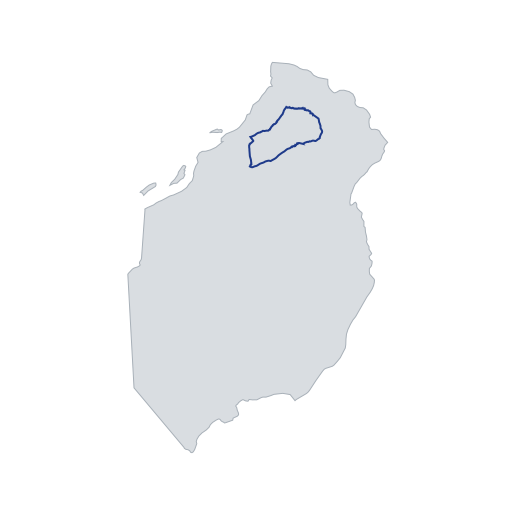 Liwale, Lindi, United Republic of Tanzania shown in context, rotated 230°
{"feature_id": "72390352B80391364217442", "entity_name": "Liwale", "entity_type": "district", "adm_level": 2, "iso_a3": "TZA", "parent_name": "United Republic of Tanzania", "parent_adm1": "Lindi", "projection": "equal_earth", "projection_center": [38.174, -9.186], "detail": "fine", "context": "in_parent", "style": "outline", "palette": "blue", "viewbox_px": 512, "rotation_deg": 230, "n_neighbors": 0, "source": "geoboundaries", "source_scale": "gbopen_adm2", "svg_char_len": 8893}
<svg xmlns="http://www.w3.org/2000/svg" viewBox="0 0 512 512"><g transform="rotate(230 256 256)"><path d="M207.9,358.0L203.9,355.2L200.2,353.4L197.2,351.5L195.9,349.7L193.0,348.9L190.6,348.6L188.4,346.9L183.7,346.3L183.2,345.1L183.1,342.5L182.3,341.9L180.6,341.2L178.8,341.2L177.7,341.6L177.1,341.4L175.6,339.9L174.2,338.0L173.6,334.9L171.5,333.0L169.0,331.4L162.3,331.6L161.2,331.1L159.6,329.5L157.7,327.0L156.2,324.0L154.8,320.1L153.4,314.7L145.5,293.3L144.7,289.2L143.1,284.7L140.6,279.2L138.0,275.1L134.4,271.4L130.3,267.7L128.1,265.2L123.9,255.1L123.0,250.4L122.3,245.5L122.5,243.5L125.1,237.2L125.4,235.4L125.0,233.0L123.7,228.0L122.1,221.9L118.7,210.7L118.2,207.9L118.3,205.8L120.2,194.5L120.1,192.9L127.9,193.1L133.6,188.2L138.5,180.8L139.5,177.7L141.5,172.9L143.5,170.6L144.2,168.9L145.3,164.2L147.9,161.0L150.5,158.5L149.9,156.8L150.3,156.1L151.7,154.9L154.4,153.7L154.9,151.2L154.9,148.4L154.4,146.8L154.5,145.0L154.1,144.0L152.3,143.8L149.7,142.4L147.5,141.8L146.0,141.0L145.5,140.3L145.3,138.7L146.5,134.3L145.2,132.6L147.9,125.4L148.4,124.5L149.4,124.4L151.0,123.6L152.4,123.3L153.6,123.5L154.5,123.2L155.3,122.4L155.9,120.0L156.4,115.9L156.1,112.6L155.0,110.0L154.7,106.1L155.2,100.9L154.8,96.5L153.6,93.0L152.3,91.0L150.3,90.0L147.2,84.7L146.3,82.1L146.5,80.5L147.5,79.8L149.5,80.0L151.3,79.4L153.0,78.0L154.7,77.5L155.6,77.8L233.4,77.8L324.3,146.0L324.7,146.9L325.4,152.8L325.2,154.7L323.8,158.1L323.4,159.9L323.4,161.1L323.7,161.6L324.9,161.8L326.0,162.6L326.3,163.2L327.1,165.8L328.1,167.1L362.6,200.5L363.4,201.0L362.9,203.8L360.9,210.6L360.8,213.5L360.1,216.8L359.3,219.0L357.3,228.6L355.7,232.2L353.4,240.6L353.0,247.0L354.3,251.5L354.7,255.7L357.4,259.8L359.5,261.3L361.0,263.2L363.5,267.5L365.0,271.8L369.5,273.9L371.3,278.8L370.7,282.1L368.6,284.8L366.6,289.3L365.0,295.2L364.9,304.2L366.0,302.8L368.4,305.0L368.7,311.6L366.2,319.3L365.4,322.9L365.3,326.0L367.1,335.2L369.9,339.9L369.6,341.3L368.9,342.6L373.6,350.9L373.2,358.1L375.0,363.7L375.7,368.5L376.9,372.2L377.1,374.8L375.6,377.7L379.0,378.4L381.0,380.7L382.0,382.9L384.5,382.8L385.8,384.4L387.7,385.6L391.9,389.4L393.1,391.2L393.8,393.0L382.1,404.8L377.8,407.9L374.8,409.3L371.6,410.1L368.5,411.9L365.6,414.8L361.9,416.3L357.4,416.3L352.7,418.4L345.2,424.5L340.9,421.1L337.5,420.0L333.6,420.1L331.2,420.5L330.3,421.3L329.6,423.3L329.0,426.7L326.4,430.0L321.9,433.1L317.7,434.3L314.0,433.5L311.4,432.2L310.0,430.4L308.1,429.5L305.5,429.7L303.0,431.0L300.6,433.4L296.8,434.5L291.5,434.1L288.7,433.0L288.3,430.9L286.0,428.6L281.8,425.8L278.7,425.8L276.8,428.4L274.9,430.0L273.3,430.7L271.8,430.8L269.7,430.1L263.9,429.8L258.4,429.9L257.9,426.1L256.7,423.8L255.7,422.4L253.9,422.1L253.3,421.0L252.7,418.7L251.7,416.7L250.5,415.0L249.7,413.4L249.5,412.0L249.7,410.5L250.8,406.6L251.2,403.9L251.0,401.2L250.4,398.4L249.1,395.1L249.2,394.1L248.8,391.8L248.7,390.2L248.9,388.2L248.7,385.6L247.5,380.1L247.5,378.6L246.3,375.9L242.7,369.6L242.5,368.7L236.7,362.3L234.4,360.9L233.6,362.1L233.3,363.2L233.6,365.3L233.4,366.3L233.2,366.8L231.8,366.7L231.0,366.5L228.8,364.7L227.1,364.3L222.9,364.6L221.4,365.0L220.3,364.6L218.1,361.7L215.4,361.1L213.1,360.9L209.2,357.6L207.9,358.0ZM370.1,250.5L372.0,257.5L371.8,258.9L370.5,259.7L369.8,259.8L368.9,258.6L368.3,256.2L367.3,256.8L365.6,253.9L363.9,253.8L362.4,250.4L363.0,247.4L362.6,242.3L364.5,239.7L365.5,235.4L366.7,238.4L367.0,243.0L368.6,248.5L370.1,250.5ZM379.3,208.2L379.5,209.8L379.1,211.4L379.2,216.5L379.0,219.8L377.6,224.4L376.4,226.1L375.4,225.6L374.5,224.9L373.9,223.6L375.2,215.1L374.6,208.9L377.2,209.5L379.3,208.2ZM375.4,310.5L374.1,310.9L373.5,310.5L372.7,309.1L374.1,307.9L375.5,305.6L378.7,302.3L380.2,299.6L380.0,302.2L378.2,307.9L376.6,308.3L375.4,310.5Z" fill="#d9dde1" stroke="#a8b0b8" stroke-width="1"/><path d="M350.8,328.3L349.7,328.1L349.4,328.2L348.6,328.2L348.0,328.1L347.2,328.1L346.6,328.0L346.3,328.0L345.9,327.9L345.8,327.7L345.7,324.9L345.9,323.9L345.7,323.7L345.7,323.4L345.8,323.3L345.8,323.1L345.7,323.0L345.7,322.9L345.4,322.7L345.4,322.4L345.3,322.2L345.2,322.1L345.0,321.7L343.3,320.4L342.3,319.8L341.2,318.9L336.3,315.4L333.1,314.0L331.1,312.7L330.7,312.4L330.4,312.3L330.1,312.0L329.9,311.8L329.8,311.6L329.6,311.6L329.5,311.4L329.4,311.5L329.2,311.4L329.2,311.2L329.2,310.8L329.1,310.7L329.1,310.8L329.0,310.6L329.2,310.1L328.9,309.8L328.8,309.5L328.7,309.6L328.4,309.4L328.2,309.0L327.3,309.4L326.8,309.8L326.2,310.5L326.0,311.2L325.4,313.0L325.0,313.6L324.7,314.4L324.5,315.2L324.1,318.4L323.8,319.3L323.4,320.3L323.2,320.7L322.8,321.8L322.6,322.6L322.5,323.5L322.2,324.4L321.3,326.3L320.8,327.1L319.3,328.3L319.2,329.2L319.1,329.7L318.5,332.6L318.3,334.2L318.4,336.0L318.6,337.7L318.6,338.5L318.4,341.5L318.2,343.2L317.9,344.9L317.9,346.4L317.9,347.8L317.7,349.1L317.1,350.5L316.8,351.3L316.7,352.5L316.6,353.0L316.8,353.1L316.8,353.3L316.7,353.5L316.5,353.4L316.4,353.5L316.7,353.8L316.5,354.0L316.4,354.5L316.2,354.7L316.3,355.0L316.1,355.2L316.0,355.4L315.9,355.6L315.9,355.9L315.8,356.1L315.6,356.2L315.7,356.4L315.6,356.7L315.6,356.8L315.4,356.7L315.4,356.8L315.2,356.9L315.3,357.0L315.4,357.3L315.5,357.2L315.7,357.4L315.5,357.5L315.3,357.9L315.4,358.0L315.5,358.0L315.4,358.5L315.5,358.9L315.5,359.0L315.4,359.2L315.4,359.4L315.2,359.6L315.3,359.7L315.5,359.8L315.3,360.0L315.1,360.3L315.1,360.6L315.5,360.7L315.4,360.9L315.2,360.9L315.1,361.0L315.0,361.3L314.8,361.5L314.7,361.8L311.9,363.9L312.0,363.9L311.8,364.3L311.5,365.3L311.5,365.7L311.4,366.2L311.3,366.4L310.6,368.4L310.3,368.9L309.9,369.2L309.7,369.5L309.6,369.8L309.5,370.6L309.3,370.8L309.1,370.9L308.9,371.1L308.7,371.5L308.4,372.2L308.1,373.3L307.7,373.9L307.1,374.5L306.1,375.2L305.8,375.6L305.7,376.1L305.6,377.3L305.6,377.8L305.7,378.3L305.3,379.3L305.4,379.9L305.4,380.2L305.4,380.4L305.4,380.7L305.7,380.8L305.8,381.1L306.1,381.3L307.2,383.3L307.6,384.1L308.0,385.4L308.2,385.9L308.6,386.4L308.9,386.7L309.4,387.0L310.5,387.3L311.5,387.5L311.9,387.5L312.2,387.5L312.8,387.9L313.7,388.6L314.3,389.1L315.6,389.6L315.8,389.6L316.2,389.9L316.8,390.1L317.5,390.2L318.9,391.0L319.9,391.6L321.1,392.2L327.2,390.6L327.3,390.2L327.5,390.3L327.5,390.5L327.9,390.6L328.2,390.7L328.3,390.8L328.5,390.8L328.6,390.7L328.9,390.7L329.0,390.4L329.3,390.3L329.4,390.2L329.6,390.0L329.7,389.9L329.9,390.0L330.3,389.8L330.5,389.5L330.8,389.8L331.0,390.2L331.2,390.3L331.3,390.3L331.7,390.3L331.9,390.4L332.2,390.4L332.3,390.3L332.4,390.1L332.6,389.9L333.3,389.8L333.6,389.7L333.8,389.7L334.1,389.6L334.4,389.3L334.4,389.1L334.8,388.8L334.9,388.5L335.1,388.4L335.5,388.2L335.8,388.0L336.0,387.8L336.3,387.6L336.3,387.4L336.5,387.3L336.7,387.2L336.9,387.2L337.1,387.4L337.4,387.5L337.5,387.7L337.8,387.5L337.9,387.9L337.9,388.1L338.1,388.0L338.4,387.6L338.3,387.4L338.6,387.3L338.7,387.0L338.9,386.4L339.0,386.3L339.3,386.5L339.3,386.0L339.4,385.8L339.7,385.7L339.9,385.8L340.0,385.6L340.2,385.2L340.3,385.0L340.5,384.9L340.6,384.5L340.9,384.5L341.0,384.4L341.2,384.2L341.3,383.9L341.6,383.8L341.6,383.5L341.8,383.4L341.8,383.2L341.9,382.8L342.1,382.8L342.2,382.6L342.6,382.2L342.6,381.9L342.7,381.7L343.0,381.6L343.1,381.3L343.2,381.2L343.5,381.1L343.6,380.8L344.0,380.6L344.0,380.4L344.1,380.2L344.4,380.1L344.6,379.9L344.8,379.7L345.2,379.7L345.3,379.6L345.5,379.6L345.8,379.5L345.9,379.4L346.0,379.3L346.1,379.1L346.0,378.8L346.2,378.6L346.3,378.6L346.5,378.0L346.9,377.8L347.0,377.8L347.3,377.7L347.5,377.7L347.9,377.5L348.0,377.3L348.0,377.1L348.1,376.9L348.4,377.0L348.4,376.7L348.6,376.6L348.8,376.5L349.0,376.3L349.0,376.2L349.3,375.9L349.3,375.6L349.4,375.4L349.6,375.4L349.8,375.5L350.0,375.3L350.2,375.0L350.3,375.1L350.7,375.0L350.6,374.7L350.4,374.1L350.3,373.8L350.1,372.8L350.0,372.7L350.0,372.2L349.8,371.7L349.6,371.2L349.3,370.5L348.7,369.7L348.3,368.8L348.0,368.3L347.9,368.1L347.7,367.9L347.6,367.6L347.6,367.3L347.4,367.0L347.4,366.4L347.3,365.6L347.1,365.2L347.1,364.9L346.9,364.5L346.8,363.6L346.5,362.8L346.4,362.5L346.3,362.2L346.2,361.4L346.0,360.9L346.1,360.5L346.1,360.3L346.0,360.1L346.0,359.7L346.0,359.3L345.7,359.0L345.7,358.6L345.5,358.4L345.5,358.2L345.3,358.2L345.3,357.9L345.2,357.9L344.9,356.9L344.9,356.5L345.0,356.2L344.9,355.8L344.9,355.5L345.0,355.2L345.3,354.8L345.3,354.6L345.5,354.3L345.3,353.8L345.5,353.4L345.5,353.1L345.4,353.0L345.3,352.9L345.1,352.4L345.1,351.9L345.2,351.7L345.2,351.3L345.0,350.9L345.0,350.6L344.8,350.3L344.8,350.1L344.6,349.6L344.4,349.2L344.5,348.6L344.0,348.2L343.9,347.9L343.9,347.7L344.1,347.3L344.2,347.1L344.2,346.9L344.3,346.7L344.1,346.1L344.5,345.6L344.8,345.1L345.3,344.7L345.4,344.4L345.5,344.2L345.8,343.7L346.1,343.2L346.2,342.9L346.7,342.4L347.1,342.1L347.5,341.6L347.5,341.0L347.6,340.6L347.7,340.1L347.7,339.9L347.9,339.6L348.0,339.4L348.0,338.6L348.1,338.3L348.6,337.7L348.7,337.2L349.1,336.3L349.3,334.6L349.3,333.0L349.4,332.3L349.5,332.0L349.7,331.6L349.7,331.4L349.8,331.0L349.9,330.7L350.3,329.4L350.5,328.8L350.8,328.3Z" fill="none" stroke="#1e3a8a" stroke-width="2"/></g></svg>